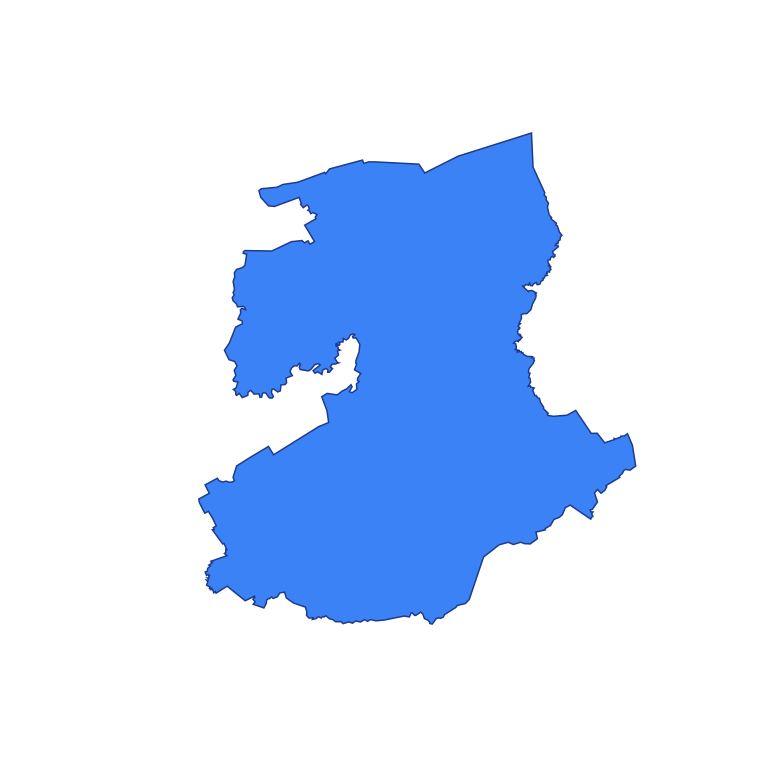 the district of Cotabato, Cotabato, Philippines, rotated 59°
{"feature_id": "2640588B30235147478886", "entity_name": "Cotabato", "entity_type": "district", "adm_level": 2, "iso_a3": "PHL", "parent_name": "Philippines", "parent_adm1": "Cotabato", "projection": "natural_earth1", "projection_center": [124.836, 7.183], "detail": "fine", "context": "isolated", "style": "filled", "palette": "blue", "viewbox_px": 768, "rotation_deg": 59, "n_neighbors": 0, "source": "geoboundaries", "source_scale": "gbopen_adm2", "svg_char_len": 6170}
<svg xmlns="http://www.w3.org/2000/svg" viewBox="0 0 768 768"><g transform="rotate(59 384 384)"><path d="M376.8,193.9L375.3,193.3L375.7,191.9L374.2,190.5L375.0,188.0L373.1,188.2L373.1,186.9L372.3,187.1L372.0,185.7L373.3,184.5L372.0,183.7L371.9,182.0L369.4,181.9L369.5,180.8L367.3,181.9L367.6,180.7L364.2,180.8L362.2,179.6L363.1,177.4L361.4,176.1L361.2,173.8L362.7,173.6L362.6,171.7L361.1,170.9L359.9,171.9L357.3,171.4L356.1,163.9L354.7,163.6L353.4,165.8L352.3,164.0L353.0,162.4L351.1,160.7L351.2,159.0L348.7,156.9L348.2,154.9L344.1,155.4L337.6,154.0L336.2,154.8L335.0,153.5L328.3,155.8L327.6,154.6L324.2,155.4L316.4,152.7L313.7,149.9L309.7,150.2L307.4,148.7L304.6,149.4L302.8,147.7L275.0,144.6L244.8,128.3L226.9,203.0L224.1,240.4L213.5,240.9L189.3,276.8L185.7,282.7L184.5,287.8L181.0,287.1L171.6,319.9L173.8,325.8L172.0,325.9L166.6,354.1L160.9,367.9L160.3,374.3L153.4,388.7L153.8,391.6L160.4,393.5L171.8,391.3L175.4,386.4L180.3,360.7L186.3,361.8L186.8,362.9L191.3,362.4L190.9,358.2L191.6,357.3L195.1,357.5L195.9,359.8L197.4,358.8L200.3,359.1L200.4,356.7L204.3,354.0L205.4,356.9L207.3,357.2L207.0,370.2L226.2,370.2L226.0,375.5L222.1,375.4L222.1,379.5L218.8,380.4L214.3,390.1L212.2,411.7L198.1,434.3L198.1,436.3L199.5,437.4L202.1,434.9L210.8,442.2L211.2,445.6L209.9,451.3L211.6,455.0L215.0,456.5L218.4,460.5L225.8,463.4L228.0,466.3L230.6,466.5L231.8,469.6L234.9,470.5L239.5,469.2L242.4,469.9L244.9,464.7L246.9,463.8L249.1,464.4L246.0,466.8L246.2,468.7L249.5,470.4L253.2,475.8L257.0,473.1L259.4,474.3L258.8,481.8L269.3,495.6L272.9,503.4L283.4,504.3L287.8,500.4L292.8,500.6L295.3,505.4L300.4,506.6L302.6,511.2L304.3,511.4L307.0,508.2L311.2,512.8L311.0,515.9L313.8,515.0L316.9,516.5L317.9,516.1L317.5,512.9L322.7,512.5L323.6,506.6L321.1,504.8L320.8,501.4L325.7,500.6L328.0,496.2L331.6,497.2L332.2,495.6L329.7,493.2L329.4,491.6L331.1,489.9L336.6,489.6L338.4,487.3L337.9,485.3L333.4,484.9L330.8,482.8L331.7,480.9L336.1,479.2L336.5,476.4L331.7,472.8L333.5,469.1L332.8,466.9L328.5,464.8L329.6,458.2L325.0,458.2L322.5,454.8L322.2,451.4L323.8,449.1L322.7,445.8L323.9,445.4L326.1,448.0L328.4,448.4L333.9,442.0L333.8,439.0L331.8,433.7L332.6,430.0L334.9,428.8L336.0,437.9L339.2,437.7L339.5,434.5L343.8,432.3L340.4,429.2L340.8,425.7L343.1,424.8L344.9,426.2L345.8,424.6L344.3,420.2L341.7,421.2L340.2,418.0L341.7,415.8L342.5,411.9L341.5,412.8L336.5,412.9L335.8,408.1L331.7,406.8L332.3,404.2L330.3,405.4L328.9,404.3L326.6,405.6L324.9,404.6L325.0,403.2L326.8,404.0L327.7,402.2L327.1,401.2L325.0,401.1L326.8,397.4L323.9,395.3L326.8,393.7L326.6,390.9L324.6,387.7L325.2,384.4L326.8,383.6L327.0,386.3L328.5,386.8L330.4,384.1L337.6,384.3L343.8,389.0L349.2,395.7L351.6,397.5L353.0,397.3L356.6,402.0L363.0,398.5L365.4,403.5L367.3,405.0L369.1,404.0L369.7,407.5L374.6,410.1L375.1,415.8L372.7,417.7L370.0,412.8L367.6,412.7L368.9,418.3L368.5,424.0L369.3,429.6L362.8,437.6L362.8,443.9L377.4,446.6L388.5,451.3L386.9,461.6L387.8,515.1L378.0,515.2L378.0,535.7L378.3,552.5L386.3,561.5L389.8,562.0L389.8,564.5L388.7,567.0L385.8,569.6L385.2,572.4L382.1,575.2L379.0,575.4L378.3,589.3L387.7,590.0L387.2,602.0L390.6,603.3L402.4,604.2L402.8,600.1L410.8,600.1L419.3,600.9L419.2,604.3L421.3,604.5L420.5,606.2L438.1,604.6L438.3,603.3L444.9,604.0L444.2,604.8L446.9,606.4L447.1,608.1L450.3,606.9L446.8,623.5L448.2,622.6L448.2,624.1L449.0,624.0L449.0,627.4L450.4,626.5L451.3,630.2L453.4,631.8L453.0,634.1L456.7,634.7L456.6,632.8L458.2,633.1L458.3,632.3L459.9,634.2L459.3,635.3L460.5,634.7L461.5,636.0L460.6,637.2L462.7,636.8L465.1,639.7L468.6,637.6L469.2,638.9L470.6,638.5L470.6,637.6L471.1,638.4L472.0,636.7L475.2,637.5L475.0,635.5L476.8,635.7L476.5,622.6L498.3,614.6L499.2,604.3L500.2,604.4L501.0,607.2L504.4,606.6L505.4,609.6L514.1,602.3L511.6,598.2L508.7,595.7L508.3,593.8L509.0,593.1L508.7,590.0L510.7,589.5L511.5,584.9L509.4,581.0L511.2,576.4L517.0,577.9L520.4,576.5L525.3,574.2L534.7,566.3L539.4,567.4L542.5,569.6L546.1,568.8L547.7,565.3L548.9,566.7L550.1,563.1L549.6,560.2L552.3,558.3L551.7,556.3L552.8,555.4L552.8,553.1L557.1,551.7L559.4,549.3L562.9,547.9L565.5,543.3L568.4,542.4L569.7,536.8L572.8,534.2L572.5,530.3L575.9,526.8L576.0,522.0L578.9,520.4L579.1,516.7L582.8,513.0L586.4,505.5L593.3,486.2L596.7,482.3L594.3,478.7L594.6,477.7L598.0,477.0L598.7,475.9L598.4,470.0L601.5,469.2L605.9,470.2L608.5,468.3L611.2,467.5L612.9,468.1L614.6,466.3L612.0,459.9L612.8,457.1L613.9,456.5L614.4,453.3L612.8,450.8L612.5,437.5L611.6,435.3L614.1,427.2L612.6,421.9L583.6,387.8L581.1,368.2L583.7,359.0L588.2,355.8L590.0,348.4L593.3,345.7L596.4,341.0L595.6,332.2L589.2,330.0L592.1,320.8L590.9,320.1L591.0,314.2L587.6,308.0L588.6,302.6L587.9,298.5L583.4,292.3L583.7,286.8L606.3,276.4L605.1,275.0L605.1,273.2L602.1,272.7L601.3,270.8L600.2,272.4L598.1,272.1L598.7,269.9L595.1,261.8L585.9,259.7L584.3,255.4L589.4,254.2L588.9,249.5L586.8,246.0L585.4,246.2L585.5,230.1L584.3,230.1L583.3,225.5L581.5,222.7L581.7,221.0L584.6,217.4L583.9,210.5L564.7,202.7L552.0,200.9L552.3,204.7L550.7,208.0L551.3,208.8L550.4,213.8L549.2,214.8L550.3,215.2L548.1,225.1L536.1,226.6L533.0,231.8L505.4,233.3L505.0,243.2L499.0,255.3L495.6,259.5L494.3,259.8L493.6,258.3L487.4,260.0L486.0,259.1L480.3,259.3L476.3,258.2L474.9,259.5L472.3,259.4L471.7,260.7L466.0,259.7L464.8,257.3L462.3,259.8L461.1,259.4L460.3,261.6L457.8,257.3L454.2,255.9L453.2,256.8L449.9,253.3L448.9,254.2L447.6,253.7L445.5,251.7L443.2,245.6L441.2,242.9L440.4,243.3L439.2,242.0L437.5,243.9L437.0,242.7L434.0,247.1L430.6,249.1L428.7,248.9L428.1,250.2L427.0,249.6L426.1,251.3L425.5,251.0L425.4,253.4L424.2,252.9L424.2,251.5L422.0,253.8L421.6,252.3L419.8,251.2L417.1,250.4L415.9,251.9L415.0,249.9L415.4,247.9L416.8,247.0L415.6,245.9L416.5,245.4L415.1,241.6L413.7,242.5L412.8,241.8L412.1,243.0L411.6,241.9L410.0,243.2L408.5,242.9L406.7,241.4L406.6,239.9L405.6,239.8L405.9,238.7L403.2,239.1L402.5,236.1L401.7,237.0L398.4,232.2L395.3,230.7L395.6,228.1L397.2,225.5L396.0,219.9L391.8,215.4L388.5,209.8L386.2,207.8L384.8,208.2L384.5,206.5L380.2,208.9L378.8,211.7L379.2,212.7L370.8,214.9L372.5,213.7L371.8,211.0L373.7,209.3L372.5,207.2L375.0,207.8L376.2,206.3L375.1,204.3L375.4,201.2L377.7,201.6L378.7,199.1L376.9,196.7L376.8,193.9Z" fill="#3b82f6" stroke="#1e3a8a" stroke-width="1.5"/></g></svg>